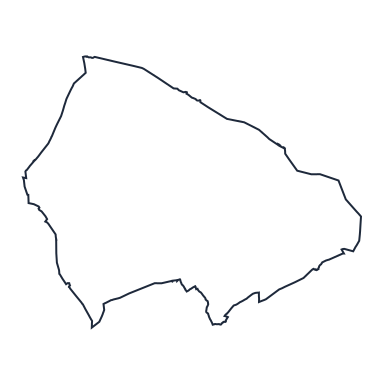 Gol nor, Buskerud, Norway
{"feature_id": "86288312B77514254220313", "entity_name": "Gol nor", "entity_type": "district", "adm_level": 2, "iso_a3": "NOR", "parent_name": "Norway", "parent_adm1": "Buskerud", "projection": "mercator", "projection_center": [9.017, 60.751], "detail": "fine", "context": "isolated", "style": "outline", "palette": "slate", "viewbox_px": 384, "rotation_deg": 0, "n_neighbors": 0, "source": "geoboundaries", "source_scale": "gbopen_adm2", "svg_char_len": 5755}
<svg xmlns="http://www.w3.org/2000/svg" viewBox="0 0 384 384"><path d="M133.4,65.9L115.1,61.7L94.7,56.9L94.2,57.1L93.3,57.7L92.9,57.8L92.4,57.9L92.0,57.9L90.7,57.3L89.9,57.3L88.9,57.4L87.8,56.9L87.3,56.5L87.1,56.4L87.0,56.5L86.9,56.5L86.7,56.8L86.4,56.8L86.2,56.5L85.4,56.4L84.9,56.5L84.1,56.6L83.5,56.9L83.0,57.0L84.3,63.1L84.9,66.9L85.2,68.7L85.7,72.8L73.9,83.5L72.6,86.5L71.4,88.6L71.1,89.3L70.8,89.8L66.6,98.6L66.2,99.7L65.2,103.0L64.3,105.6L63.3,109.2L62.7,111.2L62.2,112.7L61.1,116.1L57.0,124.3L55.4,127.7L53.0,133.5L51.9,136.2L51.5,136.7L51.5,136.9L51.1,137.8L50.0,140.1L49.7,140.6L49.4,141.2L48.9,142.3L48.3,143.5L41.2,152.5L39.2,155.2L38.0,156.8L37.8,157.0L35.7,159.5L35.0,160.2L34.6,160.0L33.5,161.1L33.8,161.4L30.7,165.0L29.8,166.0L29.5,166.5L26.8,170.0L25.9,170.6L25.4,171.6L26.2,178.1L23.0,177.5L23.9,180.1L24.6,186.6L27.4,194.8L27.5,194.9L27.8,195.0L28.1,194.9L28.3,194.9L28.5,199.8L28.6,203.1L31.6,203.7L33.9,204.2L38.7,206.5L39.4,207.7L38.6,208.6L39.2,209.9L41.6,211.4L45.5,216.3L47.1,219.1L45.3,221.6L45.5,221.7L46.8,222.2L48.3,223.7L55.6,234.4L55.8,237.0L56.3,239.7L56.1,239.7L56.2,241.6L56.3,253.3L56.9,262.7L58.7,268.9L59.1,270.4L59.1,270.9L59.2,271.6L59.3,273.9L59.8,274.3L62.5,278.8L64.6,281.9L66.1,284.2L67.1,283.5L67.5,283.2L68.0,283.1L68.9,283.2L69.1,283.2L69.1,283.3L69.4,283.8L69.4,284.2L69.5,284.6L70.0,285.3L69.6,285.9L68.9,286.7L68.9,287.0L69.5,287.3L69.8,288.0L70.4,288.9L76.0,295.9L81.5,302.6L82.3,303.9L82.8,304.2L84.8,308.0L85.2,308.8L88.7,315.0L89.7,316.9L90.5,318.3L91.0,319.2L92.1,321.0L91.9,323.6L91.9,325.0L91.8,327.6L99.3,321.8L101.8,316.4L102.8,313.9L103.0,313.1L103.3,312.5L104.2,309.9L104.0,308.2L103.5,304.0L105.0,303.2L106.4,302.6L107.3,302.1L109.7,300.9L110.9,300.2L112.1,300.0L113.4,299.5L118.3,298.3L119.6,297.9L119.8,297.9L129.2,293.4L154.7,283.2L161.4,283.3L171.9,280.9L171.9,281.0L172.0,281.2L172.2,281.5L172.4,281.6L172.5,281.5L172.5,281.0L172.5,280.7L176.0,280.3L177.0,280.1L177.1,281.0L178.2,279.9L179.9,279.3L180.2,279.7L180.2,280.0L180.5,280.9L180.6,281.5L180.8,282.0L181.2,282.7L181.3,283.3L181.7,284.1L181.8,284.4L182.3,284.8L182.5,285.2L182.8,285.3L183.6,286.3L183.8,286.6L184.4,287.8L184.7,288.3L184.9,288.4L185.2,288.9L185.2,289.1L185.2,289.5L185.3,289.7L185.7,290.0L186.7,291.5L188.6,290.5L189.9,289.3L191.3,288.6L191.5,288.4L192.3,287.9L192.8,287.5L193.4,287.2L195.2,286.2L195.5,286.6L195.5,286.8L195.2,287.0L194.9,286.8L195.2,287.1L195.6,287.1L195.7,287.6L195.8,287.8L196.2,289.2L196.5,289.1L197.5,288.8L197.9,289.8L198.9,291.1L199.4,291.6L200.6,292.3L201.0,292.6L201.3,293.0L202.0,293.9L203.2,295.6L203.6,296.0L204.2,296.8L204.7,297.3L204.9,297.5L205.3,298.2L205.5,298.6L205.5,298.8L205.6,299.2L205.6,299.5L206.0,299.9L206.4,300.2L206.6,300.5L207.5,301.0L207.7,301.3L207.9,302.2L208.0,302.5L208.0,303.3L208.1,303.6L208.2,303.9L208.2,304.0L208.2,304.3L208.1,304.7L207.6,305.7L207.4,306.4L207.2,306.7L206.8,307.2L206.8,307.4L206.7,307.9L206.4,310.0L206.2,310.8L206.2,311.2L206.2,311.7L206.4,312.3L206.7,312.6L207.0,312.8L207.8,313.3L208.1,313.6L208.2,313.9L208.2,314.2L208.2,314.4L208.5,315.1L208.7,315.4L208.8,316.1L208.9,316.5L209.1,317.0L209.3,317.5L209.6,318.1L210.0,319.1L210.3,319.6L210.6,320.0L211.6,322.0L212.3,323.5L212.7,324.7L213.6,324.5L214.1,324.2L214.3,324.3L215.1,324.0L215.9,324.1L216.4,324.2L217.4,324.2L217.7,324.2L217.8,324.2L218.2,324.1L218.5,324.2L219.0,324.1L219.5,324.2L219.9,324.5L220.2,324.6L221.0,324.5L221.1,324.4L221.2,324.2L221.3,324.1L221.4,323.9L221.6,323.7L221.7,323.4L221.8,323.4L221.9,323.2L222.3,323.0L222.6,322.8L222.8,322.4L223.1,322.2L223.4,322.2L223.6,321.9L224.1,321.7L224.2,321.8L224.4,321.8L224.7,321.9L225.2,321.9L225.5,321.9L225.9,321.3L225.9,321.2L225.9,320.4L225.9,320.2L226.0,320.1L227.3,317.9L227.6,317.5L227.8,317.3L227.9,317.1L227.4,316.9L227.0,316.7L226.2,316.5L225.4,316.2L224.6,316.0L225.2,315.1L226.2,314.1L226.8,313.8L227.1,313.5L227.1,313.4L227.4,313.0L228.0,312.5L231.3,308.3L233.7,305.5L236.4,304.6L238.0,303.6L240.1,302.1L241.1,301.7L242.8,300.8L245.0,299.5L246.6,298.7L247.9,297.5L250.0,295.9L250.9,295.2L252.8,293.8L255.3,292.9L257.1,292.7L258.5,292.7L258.9,292.6L258.9,296.3L259.1,298.8L259.0,302.0L261.5,301.0L262.3,300.7L264.2,300.0L266.0,299.2L279.2,289.4L281.9,288.3L284.5,287.0L285.1,286.7L294.8,282.3L303.5,278.0L312.0,269.8L312.2,269.7L312.3,269.6L312.5,269.4L313.4,268.9L313.7,268.8L313.8,268.9L313.9,269.2L314.2,269.4L314.3,269.5L314.7,269.6L315.7,269.3L316.0,269.5L316.0,269.8L316.6,269.7L316.7,269.9L317.0,269.7L317.2,269.8L317.4,269.8L317.5,269.7L317.5,269.4L317.8,269.2L318.0,269.0L318.4,269.0L318.4,268.9L318.3,268.7L318.6,267.8L318.9,267.5L319.0,266.8L319.2,266.2L319.7,265.5L319.8,265.4L320.0,265.1L321.2,264.2L321.4,263.7L321.6,263.3L322.0,262.9L322.2,262.4L326.0,260.5L328.3,259.8L328.9,259.7L329.3,259.5L342.4,253.7L343.1,253.5L343.9,253.5L341.6,249.5L342.6,249.1L343.9,248.9L344.4,248.9L353.2,251.3L355.5,247.0L356.7,245.2L359.2,240.8L359.8,234.9L360.1,231.1L360.5,224.3L361.0,216.5L358.2,213.3L356.6,211.6L345.8,199.4L344.6,196.3L338.5,180.5L320.0,174.2L311.4,174.3L297.2,170.7L289.2,159.5L285.2,153.7L285.1,151.1L285.0,150.1L284.8,148.9L284.9,148.5L284.3,148.3L284.4,148.0L284.3,147.8L284.0,147.6L283.6,147.3L283.3,147.2L283.1,147.2L282.8,147.6L280.4,146.4L279.7,146.0L279.9,145.9L280.2,145.5L279.0,144.5L277.8,143.9L277.6,144.6L269.2,139.0L267.5,137.3L259.0,129.8L244.2,122.3L227.0,118.9L207.9,107.1L205.0,105.2L200.4,102.2L200.4,100.8L200.3,100.3L200.1,100.1L199.8,100.1L199.0,100.5L198.4,100.6L197.2,100.5L196.8,100.3L196.6,100.2L196.0,99.5L195.8,99.2L195.5,99.0L193.1,98.0L192.3,97.8L191.7,97.5L188.4,94.8L186.5,93.7L186.8,93.2L186.9,92.3L185.8,91.9L183.4,92.3L178.8,90.2L177.4,88.7L173.6,88.4L158.4,78.2L143.7,68.8L142.2,68.1L141.7,67.9L133.4,65.9Z" fill="none" stroke="#1e293b" stroke-width="2"/></svg>